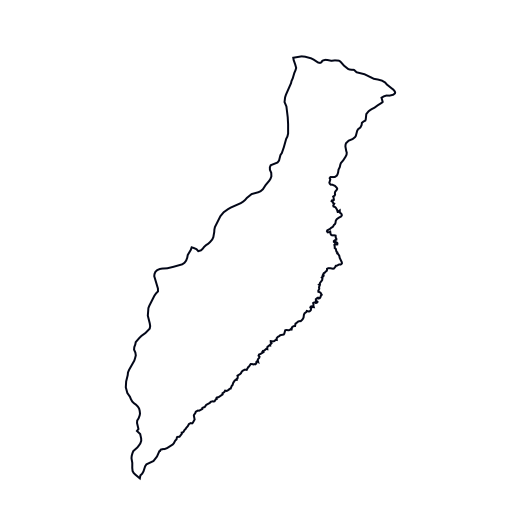 Alvarães, Amazonas, Brazil, rotated 343°
{"feature_id": "56859067B63207916121843", "entity_name": "Alvarães", "entity_type": "district", "adm_level": 2, "iso_a3": "BRA", "parent_name": "Brazil", "parent_adm1": "Amazonas", "projection": "albers", "projection_center": [-65.273, -3.675], "detail": "fine", "context": "isolated", "style": "outline", "palette": "ink", "viewbox_px": 512, "rotation_deg": 343, "n_neighbors": 0, "source": "geoboundaries", "source_scale": "gbopen_adm2", "svg_char_len": 6098}
<svg xmlns="http://www.w3.org/2000/svg" viewBox="0 0 512 512"><g transform="rotate(343 256 256)"><path d="M403.6,106.4L402.0,105.9L400.0,105.0L398.8,104.1L395.8,99.7L393.9,95.5L393.2,94.3L392.3,93.4L388.7,92.0L385.2,91.4L381.7,89.5L379.7,88.7L377.4,88.6L376.4,88.8L375.4,89.7L374.3,90.1L373.3,89.9L371.9,89.1L368.5,85.0L366.4,83.0L361.1,79.7L357.9,78.4L349.6,77.3L349.3,79.5L349.5,84.4L349.4,87.9L348.0,90.0L346.2,92.1L343.1,96.8L341.1,99.1L340.0,101.0L331.8,110.5L330.2,112.8L328.3,117.1L328.8,121.9L326.9,132.6L325.2,139.5L322.5,148.3L320.9,151.0L319.1,152.8L314.3,160.3L310.8,165.1L308.9,166.6L305.9,171.5L303.9,172.9L296.6,173.5L295.2,175.2L294.5,177.7L294.9,180.9L294.0,184.3L292.5,186.3L290.8,187.8L285.9,191.0L282.1,194.2L279.3,195.4L276.8,195.7L269.9,195.5L264.2,197.8L262.0,199.2L259.7,200.2L256.9,201.0L246.1,202.3L243.0,203.0L237.9,204.7L233.6,207.5L225.2,216.3L223.9,218.6L223.1,220.8L220.7,225.5L219.0,227.4L216.2,229.2L213.9,230.3L211.4,231.0L209.1,232.1L207.1,233.5L205.1,234.5L202.2,234.5L201.1,232.1L198.9,230.2L197.0,228.9L195.5,231.0L191.0,235.1L189.7,237.6L187.8,240.0L185.6,241.6L183.0,242.4L173.9,242.2L167.5,241.8L162.6,240.6L160.3,240.3L157.4,240.6L155.2,241.7L153.7,243.5L152.8,245.5L152.7,258.5L151.9,261.2L149.5,262.5L147.3,264.2L139.5,272.3L137.9,274.3L135.1,281.4L134.7,289.3L134.3,292.1L133.1,294.4L127.8,297.3L123.1,298.9L120.4,300.3L115.8,303.2L114.7,305.3L113.0,307.5L112.0,309.9L112.4,313.1L112.0,315.9L110.4,318.5L109.0,320.5L101.3,327.8L99.5,330.0L98.5,332.4L95.2,337.9L93.1,343.5L92.9,349.4L94.3,353.8L94.5,356.2L95.1,359.0L96.3,361.2L97.7,363.0L99.0,365.5L99.6,367.7L99.5,370.0L99.0,372.8L98.1,374.5L96.2,377.0L94.3,378.6L93.4,380.9L93.0,387.1L91.0,388.5L93.2,392.4L92.8,397.0L92.2,399.2L90.5,401.5L88.7,402.9L86.6,404.4L81.6,406.7L80.1,408.6L78.7,410.8L77.8,413.0L77.2,417.7L75.7,422.5L75.1,425.6L75.6,427.8L76.7,429.8L79.9,434.7L81.3,432.0L83.5,430.9L85.4,429.1L88.5,424.7L90.3,423.2L98.0,422.1L102.7,418.8L106.5,414.4L107.3,414.4L107.9,413.6L108.8,413.2L109.7,413.5L110.6,413.4L112.1,413.9L114.8,413.7L121.3,411.9L122.6,411.1L124.8,408.9L126.4,408.1L127.1,406.7L127.8,406.0L130.0,406.5L133.1,404.3L133.3,403.2L134.3,403.3L135.3,402.9L136.9,401.4L138.2,400.8L139.0,400.0L141.0,398.8L142.7,397.1L144.7,396.7L145.9,397.4L146.8,397.0L149.5,394.4L149.9,390.4L150.3,389.8L152.0,388.5L152.9,387.3L155.2,386.8L156.4,387.3L159.9,386.6L160.1,385.8L161.4,385.4L162.7,385.5L164.9,383.8L168.9,383.0L170.0,382.2L172.2,382.3L173.0,382.8L173.9,382.8L175.7,381.3L176.7,381.2L176.7,380.2L177.5,379.8L178.8,380.1L183.6,378.6L183.8,377.5L186.0,376.8L187.1,375.7L188.5,376.5L190.8,376.0L191.8,375.3L193.0,375.4L194.9,373.0L195.7,372.7L197.4,370.3L198.4,369.7L199.0,369.0L200.0,368.6L201.4,368.8L201.5,367.9L202.5,367.7L203.3,366.1L203.3,365.0L206.2,364.3L207.4,363.7L207.9,363.0L209.5,361.9L212.1,361.4L213.8,362.2L214.4,361.5L215.2,360.9L215.8,360.1L216.8,359.8L219.3,357.8L220.7,358.2L221.9,359.0L222.8,358.9L223.6,359.4L224.8,358.9L225.3,357.5L226.2,357.0L227.1,358.0L227.2,356.1L227.6,355.4L229.3,354.3L229.9,353.4L229.3,352.1L230.1,351.1L231.6,351.0L234.7,350.2L234.2,349.4L234.9,348.8L235.9,349.0L238.6,347.8L239.6,348.4L239.8,347.4L240.3,346.3L242.5,345.4L243.4,345.8L243.6,344.9L245.3,344.0L244.9,342.7L245.2,341.7L246.9,342.5L247.7,342.7L248.6,342.7L250.3,342.0L251.3,342.4L251.7,340.7L253.2,339.7L255.0,339.4L256.0,338.8L259.5,339.2L260.3,338.6L262.2,335.6L263.3,335.6L265.6,336.6L266.7,336.6L267.8,336.1L268.5,336.7L269.0,336.0L269.3,335.0L270.1,334.4L271.6,334.1L272.9,334.4L274.0,332.2L275.1,331.9L277.2,331.0L278.6,331.0L279.7,331.4L281.5,330.5L282.6,329.7L283.5,328.7L284.7,326.1L285.7,325.0L287.9,324.2L288.5,323.4L290.4,324.6L291.3,324.5L292.5,323.9L293.6,322.0L292.9,321.2L293.5,320.4L294.6,320.4L295.2,321.3L296.3,321.8L296.3,320.4L296.8,319.2L296.9,317.7L298.1,317.4L298.9,317.6L299.4,318.4L300.4,318.5L301.4,317.9L301.0,317.1L300.2,316.2L300.6,314.8L302.5,314.0L303.0,314.8L303.9,314.3L304.5,315.0L305.2,314.6L306.0,313.7L306.6,312.6L307.5,312.3L307.0,310.1L306.2,309.1L305.2,308.5L305.4,307.5L306.7,306.1L307.1,305.3L307.1,304.3L308.6,302.4L308.0,301.8L308.8,301.5L309.3,300.5L312.2,298.4L313.1,296.6L312.6,295.8L313.5,295.2L314.5,295.1L315.0,294.3L314.3,293.8L315.8,292.2L316.6,292.2L318.2,291.2L319.1,291.0L319.8,290.2L320.2,289.0L321.6,288.8L323.5,289.4L325.9,290.7L326.8,290.8L328.8,289.5L329.4,288.7L330.4,288.9L333.1,288.4L334.3,288.9L335.3,288.7L336.1,288.0L336.2,286.9L335.5,282.3L335.7,280.1L335.1,278.1L334.4,277.3L334.9,276.4L334.2,275.3L334.4,272.6L333.6,271.4L334.0,270.2L334.2,268.2L335.0,267.7L335.9,268.4L337.1,268.7L337.6,267.6L337.2,266.7L336.4,266.0L335.3,265.9L334.6,265.3L334.8,264.5L335.9,264.0L337.6,263.9L337.9,263.1L337.6,261.9L338.1,259.8L337.2,259.2L334.8,258.5L333.9,257.5L333.8,256.4L334.1,254.4L333.0,254.6L331.4,254.3L331.1,253.0L331.7,252.3L334.8,251.7L335.9,251.1L338.1,250.5L339.7,249.0L340.8,248.6L341.6,247.7L342.7,245.5L344.0,244.4L346.3,243.6L348.9,243.1L349.9,242.3L350.1,241.2L349.7,240.1L349.1,239.5L349.0,238.4L349.4,236.9L348.5,237.2L348.0,238.0L347.0,237.8L347.0,235.4L346.5,233.4L346.1,232.5L344.6,231.3L344.6,230.4L346.1,228.8L345.3,228.2L345.3,227.1L344.3,225.6L345.0,225.0L346.0,225.3L346.9,225.1L347.3,222.5L347.2,221.7L348.9,221.2L349.6,220.3L349.8,218.9L350.6,217.6L352.6,216.3L353.3,215.5L353.2,214.4L352.0,212.0L349.8,210.1L348.4,209.7L347.7,208.5L347.6,207.3L349.4,204.6L349.2,203.1L350.3,202.3L354.4,203.5L356.7,202.8L357.7,201.9L358.9,200.2L360.2,197.5L362.1,195.5L363.4,193.2L364.4,191.9L367.4,190.0L370.7,187.2L372.2,185.6L373.0,183.7L373.0,181.8L373.5,177.5L374.1,175.9L375.0,174.5L378.3,172.8L382.6,172.4L385.4,171.3L386.6,170.3L389.4,165.8L390.7,164.6L393.4,163.6L395.3,161.6L396.2,159.6L398.2,158.8L400.1,158.5L400.9,157.4L403.0,152.5L406.0,150.5L407.7,149.9L409.4,149.4L412.7,148.8L416.4,147.5L421.2,146.2L422.2,145.7L422.3,141.3L425.1,140.7L427.7,140.7L430.6,141.7L434.4,141.9L436.4,141.1L436.9,140.2L436.8,139.1L436.1,137.3L431.3,130.3L430.2,127.8L427.7,125.1L424.2,122.9L420.5,121.0L412.9,113.9L405.9,109.7L404.3,106.9L403.6,106.4Z" fill="none" stroke="#020617" stroke-width="2"/></g></svg>